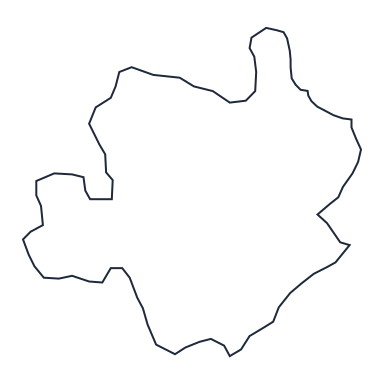 Agios Ilias, Cyprus (Natural Earth projection)
{"feature_id": "46923920B56788308456175", "entity_name": "Agios Ilias", "entity_type": "district", "adm_level": 2, "iso_a3": "CYP", "parent_name": "Cyprus", "parent_adm1": "", "projection": "natural_earth1", "projection_center": [33.937, 35.327], "detail": "fine", "context": "isolated", "style": "outline", "palette": "slate", "viewbox_px": 384, "rotation_deg": 0, "n_neighbors": 0, "source": "geoboundaries", "source_scale": "gbopen_adm2", "svg_char_len": 1210}
<svg xmlns="http://www.w3.org/2000/svg" viewBox="0 0 384 384"><path d="M351.5,119.5L342.8,118.4L333.5,115.2L326.9,111.7L317.2,106.6L311.4,101.1L308.3,95.6L307.6,90.9L300.6,89.8L295.6,84.7L291.7,78.4L290.6,67.4L290.6,59.6L289.8,51.0L287.1,38.4L283.6,32.2L276.6,30.2L266.2,27.9L251.5,37.6L249.6,48.1L254.3,56.7L256.2,72.0L255.2,91.1L245.8,100.7L229.8,102.6L212.8,91.1L193.9,86.4L179.7,77.7L153.3,74.9L131.6,67.2L119.3,72.0L115.6,86.4L110.8,97.8L95.7,107.4L89.1,123.7L99.5,144.7L105.2,154.3L106.1,172.4L112.7,180.1L111.8,199.2L90.1,199.2L85.3,190.6L83.5,177.2L72.1,174.4L54.2,173.4L36.3,181.0L36.3,195.4L41.0,205.9L42.9,225.1L30.6,231.7L23.0,239.4L28.7,254.7L34.4,266.2L43.8,277.7L58.9,278.6L72.1,275.8L89.1,281.5L102.3,282.5L110.8,268.1L122.2,268.1L129.7,277.7L137.3,297.8L142.9,308.3L147.6,324.6L156.1,344.6L175.0,354.2L185.4,347.5L199.6,341.8L210.9,338.9L224.1,345.6L229.8,356.1L241.1,349.4L249.6,336.0L260.9,329.3L273.2,321.7L278.8,307.3L290.2,293.0L301.5,283.4L313.8,273.8L327.0,267.1L335.5,262.4L349.6,245.1L340.2,242.3L327.0,223.1L317.5,214.5L329.8,204.0L338.3,197.3L343.0,186.8L352.5,173.4L358.1,161.9L361.0,149.5L356.2,139.0L351.5,127.5L351.5,119.5Z" fill="none" stroke="#1e293b" stroke-width="2"/></svg>